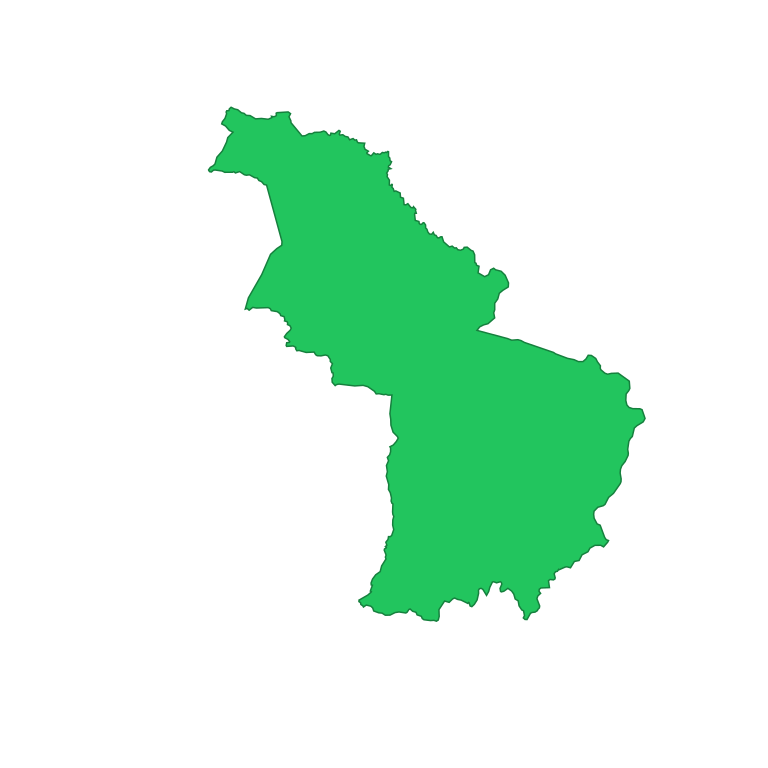 Dowa, Dowa, Malawi (orthographic projection), rotated 210°
{"feature_id": "42251766B75153645982813", "entity_name": "Dowa", "entity_type": "district", "adm_level": 2, "iso_a3": "MWI", "parent_name": "Malawi", "parent_adm1": "Dowa", "projection": "orthographic", "projection_center": [33.724, -13.52], "detail": "fine", "context": "isolated", "style": "filled", "palette": "green", "viewbox_px": 768, "rotation_deg": 210, "n_neighbors": 0, "source": "geoboundaries", "source_scale": "gbopen_adm2", "svg_char_len": 6171}
<svg xmlns="http://www.w3.org/2000/svg" viewBox="0 0 768 768"><g transform="rotate(210 384 384)"><path d="M541.6,379.5L540.3,381.0L537.7,380.5L536.0,384.7L532.5,386.0L522.4,392.3L520.2,392.4L518.3,391.2L512.6,393.3L509.3,392.9L507.6,391.6L504.2,392.4L502.1,390.2L501.7,388.9L499.1,389.5L498.0,388.8L497.3,387.2L494.7,387.5L492.3,386.0L492.1,383.7L493.5,379.2L493.9,375.1L493.2,374.5L489.4,374.6L486.9,373.6L486.7,372.8L488.9,371.1L488.0,368.5L487.1,367.9L481.6,371.6L478.7,371.6L478.1,370.3L476.1,369.2L474.3,370.6L467.2,372.4L460.5,376.7L457.8,375.2L456.0,375.1L452.6,376.9L449.3,379.8L446.8,380.4L442.8,378.4L441.8,376.7L438.8,375.8L438.1,371.2L434.7,367.8L433.6,368.1L431.8,365.3L431.8,362.7L429.7,359.6L425.5,358.2L424.8,359.8L423.0,361.4L408.4,367.7L401.4,372.4L396.6,373.6L388.6,372.9L385.8,371.5L383.5,373.1L378.7,374.7L377.3,376.0L374.9,376.4L371.6,378.4L364.0,361.2L360.5,356.8L357.4,351.8L352.0,346.8L346.1,345.2L344.6,344.2L344.6,340.3L345.5,335.7L347.5,332.6L346.3,331.9L344.4,328.6L343.7,325.5L344.4,322.1L341.7,319.8L341.1,314.6L337.2,309.7L336.0,305.4L329.6,299.3L327.4,294.9L324.2,293.0L320.5,289.0L319.3,286.2L317.5,284.7L316.3,284.6L312.6,277.5L311.2,275.6L309.3,274.2L308.4,270.7L306.0,266.2L302.8,262.8L301.6,256.6L302.3,254.9L303.8,254.1L302.8,251.4L303.3,247.9L300.9,245.8L301.5,243.9L300.3,243.8L300.1,243.2L301.1,241.4L300.7,240.2L297.2,237.4L296.5,236.5L296.3,234.8L294.8,233.5L295.1,225.3L293.5,219.6L295.8,214.6L296.4,209.3L295.7,205.2L294.6,203.6L293.4,203.9L292.3,197.8L291.1,197.8L291.1,197.2L292.5,193.1L297.6,184.3L297.1,184.1L296.9,183.0L295.0,182.9L293.8,181.5L291.4,181.3L290.3,180.6L288.8,183.7L284.3,185.0L281.8,184.4L279.4,182.3L274.2,183.2L271.1,184.6L267.3,184.4L263.2,186.9L260.1,191.6L257.0,194.1L250.6,196.6L249.9,197.8L249.7,201.2L248.9,202.2L245.6,201.5L242.1,202.3L239.9,200.6L235.5,201.5L233.6,200.0L231.6,199.8L225.4,202.4L222.6,204.3L220.0,204.8L219.0,206.7L220.0,210.3L223.6,216.1L223.0,226.3L218.4,227.5L217.1,232.2L215.8,234.0L212.7,234.2L209.2,235.4L201.7,235.9L201.6,237.1L201.0,237.2L198.4,234.8L196.6,235.1L195.6,238.3L195.4,243.5L197.4,250.0L199.1,252.7L199.0,254.3L197.8,255.6L195.7,255.6L189.5,252.2L189.6,256.6L190.7,260.8L191.1,266.7L190.1,267.6L187.1,268.1L184.3,271.0L183.1,270.8L181.9,269.6L181.3,265.0L179.4,262.7L178.5,262.6L176.6,264.4L174.5,269.0L169.9,268.5L166.5,266.9L162.9,263.4L159.4,263.3L156.1,259.4L151.7,257.2L149.8,257.4L146.5,253.6L146.4,251.1L144.2,250.6L142.4,251.5L142.5,258.6L141.6,260.1L139.1,262.0L137.8,264.5L138.1,265.3L137.5,267.8L138.2,269.6L144.2,274.5L144.8,277.3L143.7,281.0L146.1,282.0L146.9,283.9L146.0,285.9L138.9,290.4L143.2,295.9L142.5,297.7L139.3,299.1L138.5,300.6L138.9,301.8L141.8,304.8L141.6,307.2L140.2,308.5L140.1,310.6L139.7,310.4L135.6,316.0L134.3,317.1L130.6,318.1L130.4,325.5L126.8,328.7L127.1,335.1L123.5,340.7L123.6,344.8L120.7,349.7L115.7,352.7L112.4,352.7L111.2,358.7L111.3,360.7L113.7,360.3L116.2,361.5L126.2,369.8L129.5,369.4L134.9,372.8L137.3,376.0L138.5,378.8L137.2,384.2L133.3,388.2L132.4,390.2L132.8,398.1L130.6,404.0L129.6,415.8L129.9,417.9L131.2,420.4L135.0,425.0L136.6,428.5L137.2,432.2L136.4,437.4L136.9,444.2L137.8,446.2L140.3,449.3L143.3,456.8L143.4,459.9L142.7,462.7L145.2,471.0L144.1,474.4L140.6,480.8L140.7,484.7L147.7,490.8L150.0,490.5L156.3,487.0L160.1,486.2L163.2,487.3L166.4,490.7L169.3,496.4L168.7,500.7L168.9,503.1L173.0,509.1L186.7,510.5L192.4,506.9L195.2,504.3L198.2,503.8L203.4,504.8L204.6,505.8L205.7,508.0L210.2,509.9L213.4,512.0L218.7,512.4L221.5,511.0L221.6,506.7L222.9,502.9L226.8,500.6L231.6,500.1L237.8,498.0L250.5,495.9L252.9,496.1L283.1,490.2L287.1,490.1L290.2,489.3L295.3,485.8L299.8,485.1L330.3,476.9L329.7,481.3L327.3,485.0L324.1,488.2L321.2,496.6L324.6,500.5L325.2,503.6L328.5,509.3L328.0,514.5L329.5,520.2L327.9,524.6L324.9,530.2L326.7,533.8L333.5,538.8L338.9,540.2L344.5,538.7L346.9,539.1L348.8,536.2L348.1,530.9L350.5,527.3L358.1,527.3L360.6,533.5L363.2,533.1L364.7,534.6L366.1,534.6L370.1,541.2L373.3,543.6L375.5,543.3L380.4,544.1L382.9,542.4L382.7,540.6L384.6,538.1L387.2,537.2L389.5,538.1L390.8,537.0L393.9,537.5L395.9,535.4L403.4,536.9L407.4,540.5L408.5,539.8L409.6,537.9L410.8,537.4L413.2,538.7L414.9,538.3L417.2,540.0L417.6,537.5L419.6,536.6L422.1,537.6L424.2,539.5L425.9,539.9L427.5,542.5L429.9,543.6L430.7,543.3L431.3,541.1L432.4,540.4L433.7,540.6L435.0,542.2L438.7,541.3L442.4,546.3L442.7,547.2L441.4,548.0L443.7,550.3L443.8,551.2L447.1,552.3L446.9,551.1L449.0,550.3L453.5,552.1L454.7,550.0L456.3,549.4L460.1,554.6L463.1,554.0L465.5,557.5L470.3,557.1L471.5,555.9L473.8,557.9L475.5,558.3L476.5,560.8L477.0,560.9L477.6,559.2L478.9,559.0L481.2,563.2L485.0,565.1L485.7,567.1L487.2,568.0L487.0,570.6L487.7,572.1L485.8,573.9L488.7,574.0L489.1,575.4L488.3,576.9L488.6,580.3L490.4,580.4L492.0,582.6L493.8,583.2L496.2,587.4L497.0,587.3L497.6,585.7L498.4,585.7L499.5,584.3L501.2,583.7L502.2,580.9L504.9,580.0L505.7,578.9L508.4,579.1L509.1,575.4L509.9,575.0L514.0,575.0L514.5,575.7L513.9,577.8L517.8,577.8L520.2,579.8L521.1,582.9L526.9,580.0L528.2,580.3L529.9,581.7L531.2,580.6L533.5,581.1L535.9,578.3L538.7,579.9L541.5,579.0L544.3,579.3L546.7,577.5L547.6,577.9L548.3,581.0L549.8,581.1L551.8,576.1L555.4,574.7L554.8,572.9L555.2,572.1L557.2,571.9L560.3,573.2L562.6,573.0L565.2,570.1L570.0,567.2L571.4,564.9L574.0,563.4L576.4,559.6L579.0,557.8L595.2,563.8L596.3,565.4L599.9,567.9L600.1,571.4L603.0,571.7L612.3,565.5L612.8,564.6L611.5,562.8L611.8,561.8L613.0,560.4L615.3,559.6L614.3,558.7L616.6,555.4L622.9,552.7L627.8,549.4L634.2,549.5L637.6,547.8L640.5,548.4L643.1,547.6L647.8,548.4L651.1,547.4L654.8,547.2L655.5,545.0L655.0,543.2L656.8,542.0L656.7,540.6L655.4,539.3L654.5,534.5L655.1,530.4L654.6,528.1L650.2,528.2L644.8,526.3L640.7,526.6L642.5,519.3L641.3,514.7L640.5,504.9L642.1,496.9L640.4,490.1L641.0,487.7L642.7,484.8L643.0,481.7L642.4,481.2L641.1,480.7L639.5,481.3L638.6,483.9L637.2,484.9L630.7,487.5L627.8,487.7L621.0,491.7L620.2,492.8L618.2,492.5L615.2,495.8L609.6,495.4L607.6,496.0L605.1,497.9L599.3,498.0L596.7,499.0L594.1,497.7L591.2,498.0L587.6,496.8L585.2,497.6L543.5,456.3L541.9,453.0L544.5,447.7L547.1,439.6L544.6,417.7L544.5,390.8L541.6,379.5Z" fill="#22c55e" stroke="#15803d" stroke-width="1.5"/></g></svg>